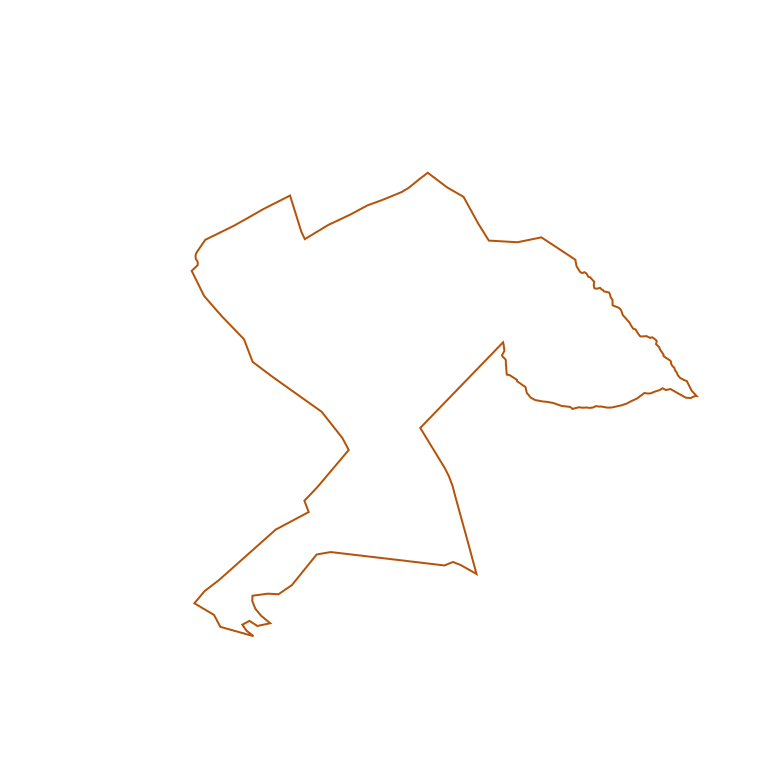 Ayawaso West, Greater Accra, Ghana (orthographic projection), rotated 332°
{"feature_id": "2480657B22724340600972", "entity_name": "Ayawaso West", "entity_type": "district", "adm_level": 2, "iso_a3": "GHA", "parent_name": "Ghana", "parent_adm1": "Greater Accra", "projection": "orthographic", "projection_center": [-0.161, 5.632], "detail": "fine", "context": "isolated", "style": "outline", "palette": "amber", "viewbox_px": 768, "rotation_deg": 332, "n_neighbors": 0, "source": "geoboundaries", "source_scale": "gbopen_adm2", "svg_char_len": 2614}
<svg xmlns="http://www.w3.org/2000/svg" viewBox="0 0 768 768"><g transform="rotate(332 384 384)"><path d="M521.8,218.0L518.7,218.5L517.9,218.7L512.6,219.5L498.9,222.2L497.2,222.4L495.4,222.5L492.7,222.6L490.3,222.8L489.7,222.8L474.6,221.3L469.0,220.7L453.0,218.5L434.2,218.6L409.2,217.4L382.1,218.9L382.5,210.8L383.1,207.4L386.2,191.1L388.9,176.6L389.5,173.5L359.7,172.9L346.5,173.3L326.4,173.8L293.9,172.8L281.2,179.4L278.8,181.0L277.4,183.0L276.6,185.3L276.9,187.9L276.6,189.2L275.3,191.6L267.3,193.8L266.5,221.9L272.4,247.3L281.4,278.8L278.4,302.8L288.9,325.3L315.9,379.2L321.9,412.2L321.9,425.7L276.9,443.7L258.9,449.7L257.4,461.7L248.5,461.7L220.0,461.7L146.5,479.6L128.5,482.6L113.6,488.6L125.5,508.1L125.5,521.6L150.4,545.4L146.8,537.3L145.9,530.0L154.0,530.0L158.6,538.2L171.2,541.8L166.7,530.9L164.9,521.9L165.8,513.7L168.5,509.2L183.0,514.6L192.1,520.1L208.3,518.3L244.5,502.9L258.1,507.4L297.4,534.6L352.2,572.6L361.3,573.5L366.7,579.8L376.5,595.2L378.9,584.6L384.5,560.1L394.3,516.1L396.6,506.6L397.2,502.0L398.0,496.1L398.2,486.6L397.5,475.3L395.4,439.8L508.7,403.1L508.1,405.4L505.9,411.2L501.7,414.0L501.5,415.3L502.8,419.1L502.6,420.6L501.2,423.1L496.8,433.3L499.2,435.3L503.3,442.7L502.8,444.1L505.0,448.3L506.0,450.4L507.5,453.0L505.9,458.8L507.2,465.0L510.0,469.2L515.9,473.9L519.7,476.4L524.6,480.3L526.7,482.6L530.6,486.8L537.3,491.4L538.2,492.8L538.7,494.5L545.1,496.0L548.6,498.4L551.4,499.6L554.3,501.6L557.2,502.8L560.9,503.1L563.7,505.2L565.0,505.7L570.1,509.7L573.9,511.6L583.2,514.2L588.7,515.2L593.9,515.2L600.3,515.6L609.7,514.2L612.5,516.3L615.3,517.5L619.3,517.8L624.5,518.8L628.0,518.6L630.0,521.6L634.5,522.9L644.0,537.7L648.0,540.3L652.9,540.6L654.4,541.4L652.5,534.4L652.7,525.9L652.7,523.6L650.6,521.2L649.5,519.3L648.4,518.1L647.9,515.6L647.5,514.1L647.9,510.9L647.5,509.4L647.5,508.0L648.0,505.8L647.1,503.9L647.0,500.9L647.8,499.4L647.8,497.9L643.9,490.7L644.6,489.3L643.9,482.5L644.3,480.9L642.9,476.4L644.4,475.0L645.0,473.7L643.6,470.1L642.5,468.5L640.6,468.3L638.3,465.0L636.6,464.2L635.4,463.8L632.7,462.3L632.4,461.4L631.9,457.6L631.8,454.0L630.5,452.7L629.9,451.8L629.6,448.3L629.6,445.2L628.5,440.4L627.2,435.2L628.0,429.9L627.5,427.7L626.5,426.2L622.8,421.9L625.2,417.0L624.9,413.5L625.7,410.3L625.6,408.8L621.8,405.6L621.3,403.5L620.4,402.4L619.9,400.5L616.7,399.8L614.8,398.4L615.1,396.6L615.6,395.1L617.6,392.6L616.1,386.6L614.7,385.1L614.7,381.6L613.4,379.3L611.4,379.2L610.6,378.6L609.7,376.9L609.3,370.3L611.3,364.1L591.8,328.4L568.4,321.5L543.9,306.6L542.5,286.4L542.1,256.1L531.9,239.8L521.8,218.0Z" fill="none" stroke="#b45309" stroke-width="2"/></g></svg>